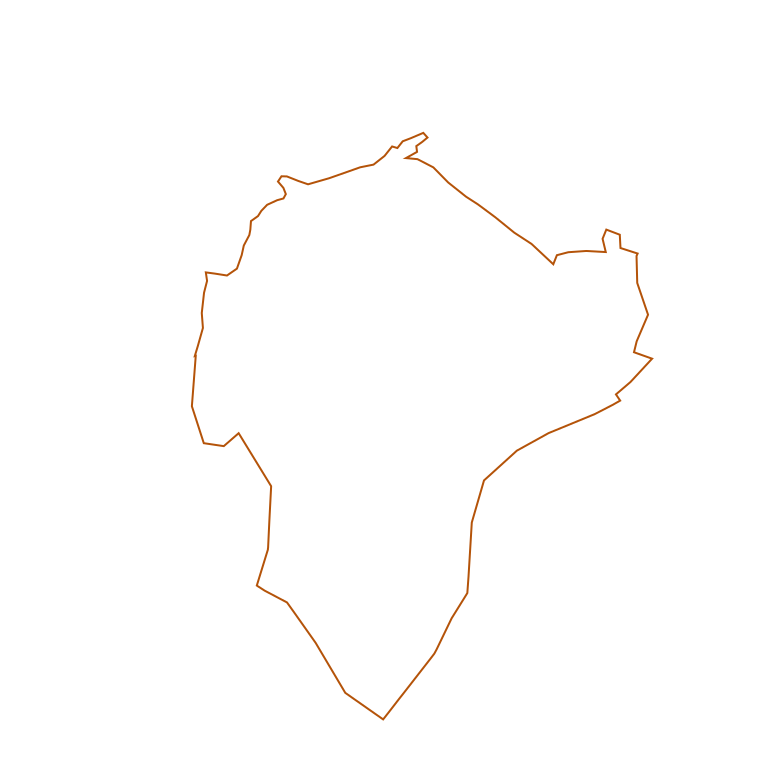 the district of Mosfiloti, Larnaca, Cyprus, rotated 219°
{"feature_id": "46923920B11567225397923", "entity_name": "Mosfiloti", "entity_type": "district", "adm_level": 2, "iso_a3": "CYP", "parent_name": "Cyprus", "parent_adm1": "Larnaca", "projection": "robinson", "projection_center": [33.434, 34.953], "detail": "fine", "context": "isolated", "style": "outline", "palette": "amber", "viewbox_px": 768, "rotation_deg": 219, "n_neighbors": 0, "source": "geoboundaries", "source_scale": "gbopen_adm2", "svg_char_len": 1498}
<svg xmlns="http://www.w3.org/2000/svg" viewBox="0 0 768 768"><g transform="rotate(219 384 384)"><path d="M346.7,148.3L321.9,153.2L321.2,153.0L308.2,149.4L274.2,139.8L219.7,119.6L173.6,122.8L173.7,130.1L173.8,135.4L174.1,148.4L174.2,156.4L175.0,198.6L175.2,206.1L176.1,210.9L184.0,244.5L184.6,249.4L187.1,269.5L187.7,274.0L197.1,287.5L228.6,331.6L245.6,372.0L238.8,415.8L225.2,449.4L201.3,493.2L192.8,512.5L192.5,513.4L190.0,519.7L197.2,521.9L193.7,540.7L191.6,572.4L209.7,566.0L214.5,576.2L222.4,604.0L250.8,621.9L268.3,642.4L269.0,645.0L285.8,638.5L294.7,648.4L308.4,643.9L305.5,634.4L294.7,626.1L310.5,614.7L323.7,602.4L330.7,592.9L327.8,583.6L357.4,585.7L378.0,583.6L402.8,583.6L424.1,582.7L438.1,581.2L460.9,581.0L482.0,583.4L499.5,579.8L509.1,573.4L504.4,585.2L508.6,589.2L506.6,596.4L505.3,602.9L511.5,603.9L517.8,592.0L522.2,584.4L522.1,575.8L527.2,573.7L527.1,561.6L530.2,547.9L538.9,537.4L555.7,510.1L556.2,509.3L568.7,491.4L578.3,487.9L590.1,484.2L594.4,480.9L593.8,474.6L585.6,473.1L579.8,469.8L578.9,464.9L582.7,459.6L587.6,449.7L588.3,441.4L587.6,435.2L589.9,426.9L585.0,419.8L582.4,415.0L580.1,403.4L575.7,394.6L570.9,381.1L574.3,369.5L585.0,363.3L592.7,358.6L586.4,352.8L581.3,341.7L570.3,324.5L560.0,313.6L552.6,296.4L548.6,286.6L548.0,287.4L519.3,245.8L486.8,224.6L477.5,230.1L469.4,234.9L466.0,254.3L465.7,254.2L407.5,233.6L407.2,233.3L386.9,205.4L371.1,183.9L370.8,183.5L371.0,183.6L370.0,182.2L356.0,147.3L346.7,148.3Z" fill="none" stroke="#b45309" stroke-width="2"/></g></svg>